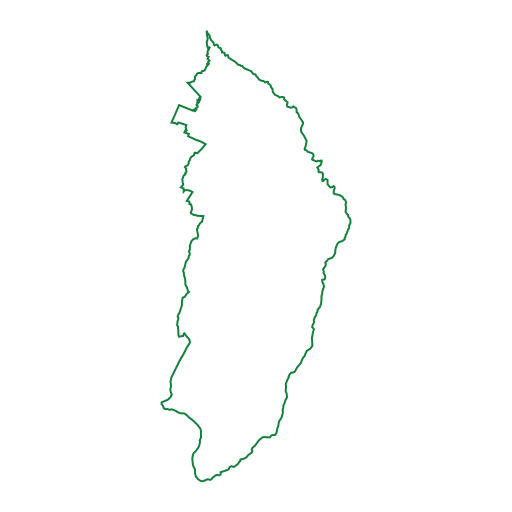 Rumiñahui, Pichincha, Ecuador
{"feature_id": "8360857B83560565245065", "entity_name": "Rumiñahui", "entity_type": "district", "adm_level": 2, "iso_a3": "ECU", "parent_name": "Ecuador", "parent_adm1": "Pichincha", "projection": "orthographic", "projection_center": [-78.45, -0.399], "detail": "fine", "context": "isolated", "style": "outline", "palette": "green", "viewbox_px": 512, "rotation_deg": 0, "n_neighbors": 0, "source": "geoboundaries", "source_scale": "gbopen_adm2", "svg_char_len": 6024}
<svg xmlns="http://www.w3.org/2000/svg" viewBox="0 0 512 512"><path d="M269.9,437.3L271.0,435.8L272.3,435.1L275.1,435.0L276.4,432.9L277.1,430.2L277.3,428.2L278.2,426.5L278.9,421.8L281.6,417.4L282.9,412.7L282.6,409.9L283.3,407.8L283.4,405.4L284.5,403.3L285.5,400.1L287.0,397.2L286.6,393.4L285.7,391.3L286.0,386.2L285.7,384.1L287.8,378.8L288.6,377.8L288.6,376.4L289.1,375.8L289.3,374.8L290.9,372.8L293.3,372.5L294.7,371.7L297.3,367.2L300.9,362.9L302.5,358.7L303.7,356.9L304.6,356.2L305.2,354.2L306.8,350.8L310.1,348.9L312.4,345.8L311.9,337.4L312.4,336.3L312.6,333.7L313.9,329.5L313.5,328.6L312.2,327.1L312.3,326.0L314.0,322.4L313.8,320.1L314.5,317.8L316.2,315.2L316.5,313.1L317.4,311.8L317.6,309.9L320.0,306.9L321.1,303.6L321.5,299.4L321.5,295.6L322.2,294.1L322.2,291.9L324.0,286.5L323.6,284.8L322.4,282.0L322.1,280.0L323.1,279.5L324.6,279.4L325.1,278.3L325.2,277.0L325.0,275.6L323.6,272.9L323.7,271.0L323.0,269.4L325.5,265.8L325.8,263.9L325.3,262.4L326.9,261.0L328.3,259.1L332.0,257.8L333.7,256.0L335.2,252.9L335.3,250.4L335.9,247.4L337.5,243.8L338.7,242.4L339.6,241.8L341.9,241.3L344.6,239.4L344.7,237.8L345.6,236.4L345.7,234.8L346.5,233.9L348.1,229.5L349.2,228.2L349.1,225.3L350.4,223.3L350.4,219.9L349.9,218.5L348.4,216.9L348.0,214.8L346.8,213.8L345.6,211.9L346.0,207.5L345.5,204.4L346.2,202.5L345.2,200.0L343.6,199.1L343.3,197.8L342.2,196.7L339.4,195.0L334.6,194.0L333.7,193.4L333.7,190.8L334.7,188.1L334.4,186.6L333.5,186.1L332.4,187.1L330.2,187.4L327.6,184.3L327.5,179.8L325.7,179.0L324.4,179.6L323.3,180.9L322.6,181.0L322.2,180.7L322.2,179.2L322.8,177.8L322.9,173.6L321.9,172.4L318.8,172.2L318.5,171.8L318.7,169.8L317.3,167.5L320.6,165.0L321.6,162.1L321.6,160.6L320.9,160.5L320.0,161.1L318.0,160.7L316.7,161.5L312.4,159.8L312.1,159.4L312.7,157.4L313.5,156.6L313.5,155.1L313.2,154.1L311.9,153.1L307.8,151.8L306.5,150.3L305.1,150.0L304.6,149.2L306.1,144.3L306.6,140.8L303.8,135.5L301.2,131.9L301.0,130.5L300.9,128.6L303.0,123.7L303.0,122.3L299.1,116.5L298.2,113.4L296.7,112.4L296.5,109.2L296.0,108.1L293.2,106.4L291.8,107.6L290.8,107.7L287.4,106.6L286.9,105.2L287.6,102.3L284.2,99.5L284.2,97.5L282.5,96.9L279.4,97.4L278.4,96.3L275.1,94.9L272.8,92.1L272.5,88.9L271.1,87.4L270.8,85.8L269.5,84.3L268.3,83.7L267.9,81.9L267.0,81.7L265.1,82.4L263.4,80.9L261.6,80.8L259.0,79.5L257.7,77.4L256.1,75.9L255.5,74.5L253.3,74.1L251.1,71.1L245.1,68.7L243.0,67.1L242.3,66.1L240.7,65.8L239.9,65.0L238.3,64.9L235.3,61.9L228.7,57.8L227.9,55.2L227.0,55.1L225.6,55.8L225.1,55.5L224.5,53.1L224.2,52.7L222.0,52.4L221.9,50.8L220.8,49.7L220.8,48.4L220.3,47.9L219.7,48.1L218.3,47.1L217.5,44.9L216.6,44.6L214.6,45.4L214.0,44.9L213.5,42.7L211.5,40.6L210.1,38.0L209.4,34.9L207.8,33.7L206.7,30.7L206.9,34.9L207.8,38.6L206.7,42.1L207.3,46.4L207.9,48.0L209.1,47.2L209.6,47.5L208.8,49.6L207.8,50.7L207.5,52.2L207.9,54.0L206.9,54.7L206.7,55.5L207.5,56.5L208.6,56.9L207.5,58.8L209.5,60.6L208.2,61.9L208.9,63.8L208.6,64.0L207.6,63.4L207.1,63.8L207.1,64.4L207.8,64.8L207.7,65.4L206.6,66.2L204.5,70.6L202.0,71.2L201.5,71.9L201.4,73.0L198.3,73.0L197.0,73.8L196.5,74.8L195.0,76.6L195.0,79.0L194.3,80.0L193.9,81.2L191.2,82.0L189.6,83.2L189.0,82.6L187.6,82.7L200.6,96.9L200.4,98.0L199.6,97.6L199.2,98.3L199.2,99.0L199.9,99.2L200.1,99.7L199.5,100.7L198.1,99.8L197.4,100.0L197.3,100.6L198.8,102.4L198.5,102.7L197.7,102.2L197.4,102.4L197.2,102.7L197.5,103.4L196.5,104.8L196.6,105.1L197.6,105.5L197.5,107.2L195.3,108.4L195.3,108.8L196.3,109.4L195.2,111.0L194.6,111.2L194.1,110.8L193.9,109.9L193.4,109.8L192.7,110.6L179.1,105.1L171.5,122.7L175.1,123.0L177.1,124.3L177.6,124.0L178.1,122.7L178.5,122.5L186.4,125.1L185.6,127.7L186.7,130.4L186.2,130.8L185.3,130.5L184.4,132.5L188.8,133.9L188.1,136.2L197.1,140.4L197.3,140.2L201.3,141.8L205.6,144.2L201.8,148.8L197.2,153.3L194.9,152.6L194.5,152.9L194.1,155.1L191.4,156.8L189.9,159.0L189.8,160.4L188.7,161.7L188.7,163.3L187.7,165.3L185.6,166.2L184.9,167.1L186.2,168.7L186.0,169.7L186.5,171.3L185.9,172.8L185.4,172.8L185.1,173.2L185.3,174.5L184.3,175.0L183.5,175.9L182.4,179.2L182.6,182.2L183.2,184.6L180.9,187.4L183.6,188.4L183.7,191.5L184.5,190.5L185.3,190.1L187.8,190.1L190.3,190.9L192.5,192.1L186.8,200.9L189.3,201.6L189.6,202.4L189.4,204.0L191.1,204.5L192.0,208.2L191.9,209.7L190.8,212.5L191.0,213.3L193.7,214.9L196.6,215.3L197.1,215.8L203.4,216.1L201.9,221.9L200.7,222.6L199.7,223.7L199.0,225.3L198.2,225.8L197.8,228.0L196.9,229.0L198.1,235.5L197.6,237.5L197.0,238.5L195.1,238.4L193.1,239.4L191.5,241.1L189.8,245.7L190.0,248.9L188.9,251.5L189.7,252.7L189.7,254.8L188.9,255.9L188.4,258.5L185.9,261.7L184.6,267.4L183.3,269.8L183.2,271.3L183.9,273.0L183.9,274.7L185.2,279.3L185.4,284.2L185.8,285.5L187.1,287.6L187.9,291.0L188.3,291.8L188.8,292.0L186.6,293.9L184.9,296.7L182.7,297.7L181.9,301.6L181.9,305.3L179.5,312.8L177.9,315.3L177.7,316.9L178.3,317.8L178.3,319.2L178.2,319.9L177.7,320.6L177.1,325.3L178.0,326.4L178.5,335.5L179.2,336.8L181.2,336.1L183.0,336.1L183.9,333.6L184.3,333.3L184.7,333.6L185.8,335.4L189.1,339.1L189.7,340.6L189.8,342.9L186.9,347.4L183.7,353.8L179.8,360.4L171.3,377.6L170.5,381.9L171.1,385.9L170.3,389.8L170.8,392.3L171.7,394.2L171.1,396.2L170.6,397.1L168.0,399.6L161.6,402.4L161.6,404.1L163.0,405.9L163.8,408.1L165.1,409.2L167.5,409.0L169.6,409.9L171.6,409.3L172.2,409.4L176.0,411.0L177.8,412.3L180.8,413.3L183.8,413.4L184.8,413.7L187.0,415.3L189.2,417.7L192.3,419.9L197.3,424.6L200.1,428.2L200.9,430.3L201.0,437.6L199.7,440.4L200.0,441.8L199.4,445.0L198.5,447.3L195.9,450.9L193.8,453.0L192.9,454.9L192.3,458.4L192.9,464.6L193.5,466.6L194.9,469.2L195.1,473.2L195.8,476.2L197.7,478.9L200.4,480.8L202.7,481.3L207.9,479.2L209.7,479.8L210.7,479.7L211.8,478.9L212.6,477.6L216.0,475.2L217.1,475.0L219.0,475.4L219.9,475.0L220.6,474.2L220.6,472.2L227.7,469.9L228.5,469.4L229.9,466.8L231.6,466.2L233.2,466.8L234.3,466.7L238.2,463.8L238.9,462.2L240.2,461.0L240.3,460.0L241.0,459.3L243.2,459.0L246.1,457.6L248.3,455.0L251.6,452.7L252.3,451.1L251.7,449.3L252.4,447.9L254.9,445.8L258.8,440.4L261.5,438.1L262.8,437.3L264.0,437.0L266.6,437.3L269.9,437.3Z" fill="none" stroke="#15803d" stroke-width="2"/></svg>